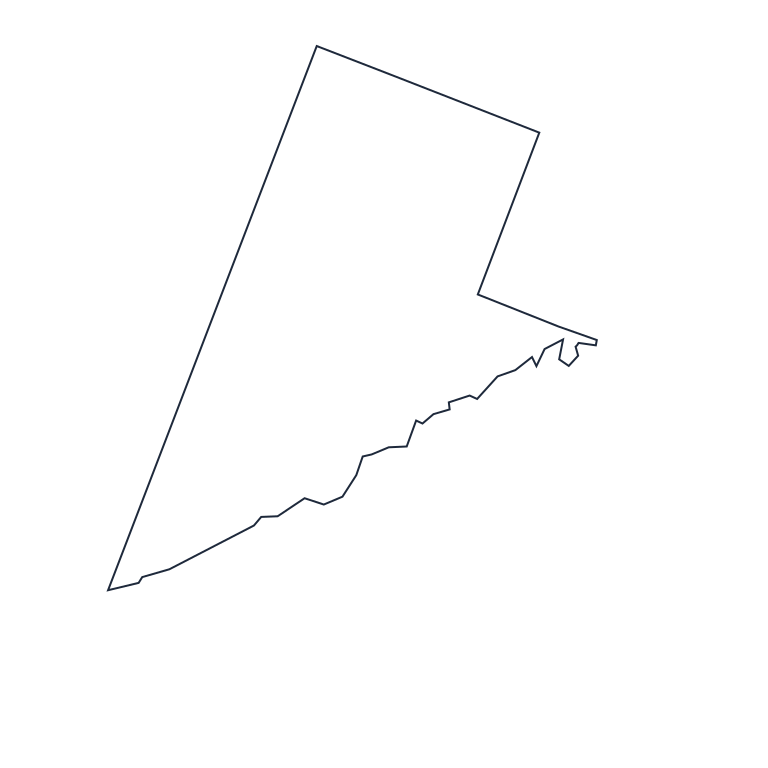 Chippewa, Minnesota, United States of America, rotated 291°
{"feature_id": "52423323B98268232841030", "entity_name": "Chippewa", "entity_type": "district", "adm_level": 2, "iso_a3": "USA", "parent_name": "United States of America", "parent_adm1": "Minnesota", "projection": "robinson", "projection_center": [-95.622, 44.952], "detail": "fine", "context": "isolated", "style": "outline", "palette": "slate", "viewbox_px": 768, "rotation_deg": 291, "n_neighbors": 0, "source": "geoboundaries", "source_scale": "gbopen_adm2", "svg_char_len": 705}
<svg xmlns="http://www.w3.org/2000/svg" viewBox="0 0 768 768"><g transform="rotate(291 384 384)"><path d="M675.4,200.1L92.6,200.3L110.4,226.2L117.1,227.5L134.1,250.0L205.3,313.3L215.9,317.0L222.4,332.1L248.9,350.8L249.9,371.0L263.9,385.6L289.0,390.8L308.7,390.1L313.8,397.7L326.6,411.1L333.8,427.6L361.4,427.1L360.9,434.1L373.6,441.0L383.8,454.4L390.1,451.1L403.9,468.1L403.4,476.3L431.8,487.3L444.1,501.7L462.2,512.5L455.3,519.9L474.2,521.4L489.8,535.2L469.8,538.7L467.1,550.0L480.0,555.1L487.5,549.5L487.9,549.7L488.9,550.2L490.2,550.6L491.7,550.8L492.1,551.0L496.0,567.9L501.3,566.9L500.2,526.3L501.2,439.5L674.3,438.9L675.2,279.2L675.4,200.1Z" fill="none" stroke="#1e293b" stroke-width="2"/></g></svg>